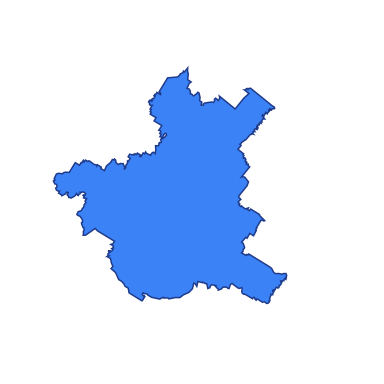 Mitchell, Victoria, Australia, rotated 211°
{"feature_id": "25037944B63787272509894", "entity_name": "Mitchell", "entity_type": "district", "adm_level": 2, "iso_a3": "AUS", "parent_name": "Australia", "parent_adm1": "Victoria", "projection": "mercator", "projection_center": [145.144, -37.175], "detail": "fine", "context": "isolated", "style": "filled", "palette": "blue", "viewbox_px": 384, "rotation_deg": 211, "n_neighbors": 0, "source": "geoboundaries", "source_scale": "gbopen_adm2", "svg_char_len": 6069}
<svg xmlns="http://www.w3.org/2000/svg" viewBox="0 0 384 384"><g transform="rotate(211 192 192)"><path d="M70.4,151.4L70.8,152.5L70.3,154.0L68.9,153.9L68.3,154.8L69.1,156.8L68.5,157.0L68.2,159.6L69.9,161.2L68.7,161.1L68.9,161.9L68.6,161.8L68.6,162.6L67.5,163.3L68.0,163.9L67.6,165.3L66.5,165.4L67.0,166.4L67.5,166.3L66.9,167.1L67.8,167.8L67.7,169.1L69.5,170.5L71.7,169.1L72.5,167.8L75.3,167.0L78.6,165.0L80.4,165.1L84.4,167.5L86.5,167.8L111.4,168.1L111.5,166.9L113.1,166.6L113.1,165.4L118.1,165.4L117.6,167.0L118.6,169.2L118.1,170.7L118.4,171.6L121.6,174.3L123.6,174.6L122.5,180.9L121.0,180.7L121.2,186.2L116.7,186.2L117.1,192.1L117.8,192.1L117.9,194.6L118.3,194.6L118.3,203.4L117.0,203.9L116.5,204.7L115.7,204.8L115.4,204.3L114.9,204.9L122.0,206.7L122.6,207.5L133.0,207.6L133.2,205.6L135.5,205.6L135.5,207.3L137.7,204.9L142.5,205.5L142.7,204.6L145.2,205.2L144.9,206.4L147.3,207.1L146.4,210.9L148.9,211.4L149.8,212.8L148.0,225.6L148.8,229.8L154.5,231.9L156.5,231.2L157.3,230.3L155.5,243.3L157.5,243.5L158.1,244.8L159.8,243.9L160.2,245.6L161.0,246.0L161.4,245.3L162.4,246.2L162.6,247.4L163.0,247.3L163.5,248.4L165.0,248.2L165.0,247.6L165.5,247.6L166.2,248.5L166.2,249.9L167.8,250.5L167.5,251.3L174.6,252.3L173.9,257.3L175.6,257.6L175.1,258.3L174.8,260.8L174.0,261.7L173.6,263.8L172.9,264.1L171.6,271.3L170.6,272.2L170.8,272.8L169.2,273.2L170.1,273.5L170.2,274.9L170.7,275.2L169.3,276.1L170.1,276.3L170.0,277.0L170.8,277.7L170.4,278.7L168.3,279.1L168.4,280.4L169.5,280.3L170.1,281.2L169.1,281.5L170.1,282.2L169.7,282.4L170.1,283.3L168.9,284.2L169.0,284.8L169.7,284.8L169.7,285.5L169.4,286.3L168.4,286.5L169.3,287.0L168.1,288.1L169.0,288.4L168.7,290.9L169.1,291.3L167.4,292.0L168.7,292.5L169.3,293.6L171.2,293.3L171.1,294.6L170.6,294.3L169.6,295.0L169.7,297.0L168.8,296.9L169.3,297.2L168.8,297.5L169.3,298.2L167.8,297.9L168.0,298.8L167.3,300.9L168.5,301.7L167.2,302.4L168.2,302.6L168.3,303.5L166.1,303.4L166.2,304.7L165.0,305.3L165.0,306.2L164.4,305.9L164.3,306.5L165.9,307.4L166.9,307.1L195.3,311.1L196.8,309.8L196.8,308.7L198.2,309.1L198.8,308.0L198.6,307.0L199.6,306.5L193.9,305.7L195.9,299.1L197.8,285.4L217.9,288.3L216.5,286.7L216.5,284.1L220.1,284.6L220.6,283.0L219.6,281.9L219.7,279.8L221.5,279.3L226.8,274.9L227.6,273.5L226.9,272.5L228.6,271.2L229.1,271.3L229.8,274.1L232.5,274.2L233.8,277.2L237.0,280.5L238.4,280.5L238.6,278.3L239.4,277.4L239.6,275.8L240.7,275.1L242.8,275.8L243.9,275.2L245.4,277.6L247.4,278.8L249.7,278.3L250.3,283.5L249.4,285.9L253.5,286.0L256.1,291.4L258.0,293.2L259.6,296.1L260.3,291.0L261.6,291.2L261.2,289.7L262.9,287.2L262.9,285.4L263.6,283.2L271.7,277.3L271.8,261.0L269.6,260.5L269.2,259.3L273.4,259.3L273.4,256.4L274.1,256.4L274.2,254.9L273.0,254.9L273.0,252.0L273.8,251.8L274.7,249.4L273.1,249.7L273.1,249.1L275.6,248.7L275.6,246.8L274.9,246.9L273.1,245.0L273.9,245.0L273.1,244.9L271.9,245.1L270.7,245.8L270.7,241.5L269.3,241.5L269.3,239.3L267.9,239.3L267.9,237.2L261.1,237.2L261.1,233.4L252.1,233.4L252.2,227.8L251.4,228.2L249.8,227.8L249.8,225.5L248.0,225.5L248.0,222.9L245.6,223.6L245.6,227.9L244.5,228.9L243.1,227.6L243.8,224.6L244.6,223.7L244.4,222.6L245.2,222.7L245.9,221.8L245.7,220.5L243.9,219.2L243.9,218.5L245.2,217.8L245.1,217.1L245.5,216.8L244.4,214.5L247.1,212.9L244.9,209.7L243.3,205.9L245.6,206.2L246.3,205.2L246.7,203.2L246.4,202.1L250.9,201.7L252.4,202.5L252.4,200.3L254.0,200.3L254.0,195.8L255.5,195.8L255.5,197.2L258.9,197.2L258.9,195.5L260.5,195.5L260.5,194.4L261.2,194.4L261.0,193.8L261.7,193.4L264.9,192.3L264.9,189.3L262.3,189.0L262.3,185.4L263.2,185.4L262.4,183.8L262.1,181.9L262.5,181.4L261.5,178.5L261.4,177.4L261.9,177.0L262.3,178.4L265.5,180.7L265.5,179.8L265.7,180.5L268.0,179.7L269.4,177.6L272.3,178.0L273.8,180.0L275.5,180.4L275.5,179.2L277.0,178.8L277.0,175.5L278.7,170.5L278.1,165.2L282.2,165.2L282.6,166.6L287.2,166.6L287.1,165.4L287.7,166.0L290.1,165.2L296.1,165.8L296.9,165.1L296.9,164.5L299.8,164.5L299.9,162.2L301.5,163.2L301.5,160.1L302.2,160.1L302.2,157.0L307.2,157.0L307.3,145.6L310.8,143.7L311.8,142.8L312.4,141.0L316.3,139.1L317.5,137.5L317.0,132.4L315.6,131.9L316.5,130.0L313.8,128.3L312.6,128.7L311.3,128.3L310.4,126.8L310.8,125.1L309.5,124.0L307.7,123.7L306.0,124.5L305.7,122.3L302.7,122.4L301.7,121.7L299.6,125.0L299.3,127.5L297.6,127.6L297.6,125.3L295.8,124.8L294.8,123.8L293.6,124.5L292.5,124.5L290.3,128.4L290.2,131.3L288.4,130.3L287.6,130.5L288.0,131.7L287.1,132.8L287.8,134.2L286.8,134.2L286.6,135.0L284.8,136.2L282.5,135.9L282.0,134.4L283.6,133.6L283.7,133.0L282.1,132.6L281.9,131.1L279.0,132.1L278.6,131.0L279.2,130.2L278.8,128.9L277.5,128.3L277.9,125.6L277.0,123.1L277.5,121.5L277.3,118.8L279.4,116.6L279.2,113.6L278.1,113.1L275.4,113.5L271.4,111.7L270.5,109.7L270.9,108.8L270.3,107.9L267.1,105.4L266.4,105.6L264.8,103.9L264.9,102.4L263.2,99.7L263.1,98.9L260.9,100.3L256.2,110.9L253.0,110.0L233.0,109.9L233.2,106.8L234.6,105.3L231.5,105.2L231.3,104.0L230.5,103.6L231.7,102.1L230.4,102.0L230.0,101.1L230.5,100.1L233.2,98.7L232.8,97.9L231.3,98.0L232.2,95.7L231.2,94.1L231.5,93.3L230.5,94.1L230.9,93.0L227.4,92.9L224.7,89.8L221.5,87.5L221.9,84.6L216.0,83.6L209.8,79.2L205.9,79.1L203.0,78.1L200.8,76.7L197.1,76.7L194.0,73.1L178.9,72.9L178.6,73.4L178.6,77.9L179.1,77.7L178.9,78.3L179.5,78.5L181.5,78.3L181.9,78.8L182.0,80.4L180.1,80.5L177.9,81.6L176.8,80.9L172.4,80.9L164.5,83.6L162.5,86.9L161.8,86.5L158.1,88.8L156.7,88.5L152.1,92.8L148.0,95.3L146.4,99.4L142.9,104.4L141.8,109.2L143.5,114.8L142.4,115.2L139.3,113.6L140.8,118.3L136.3,119.7L136.3,120.3L133.6,120.3L132.2,121.1L128.7,117.4L127.4,119.1L127.9,121.7L127.2,122.7L123.3,124.1L123.5,123.3L119.1,122.0L118.9,121.5L117.0,123.8L116.4,126.4L113.4,128.3L111.4,127.9L110.5,128.4L111.4,132.3L110.6,134.2L103.3,133.4L101.7,133.8L100.0,135.7L99.1,134.8L98.1,132.2L96.6,131.1L94.9,131.0L93.7,131.7L85.1,131.7L85.1,133.3L84.1,133.8L82.8,132.6L81.3,132.3L81.3,133.9L74.8,133.8L73.6,135.2L70.6,134.9L69.5,135.9L69.1,137.4L69.8,138.2L69.2,139.0L70.3,140.2L71.1,142.8L71.0,144.2L71.7,144.9L69.9,145.5L70.5,146.8L70.5,148.8L71.7,148.6L72.1,149.1L71.8,150.1L70.7,150.2L70.4,151.4Z" fill="#3b82f6" stroke="#1e3a8a" stroke-width="1.5"/></g></svg>